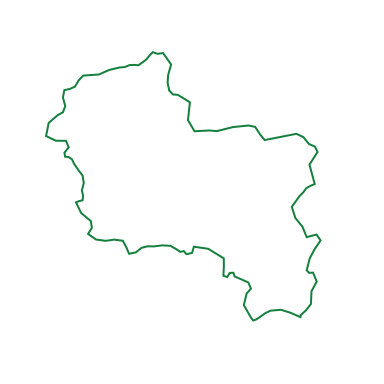 the Province of Veliko Tarnovo, rotated 168°
{"feature_id": "BGR-2249", "entity_name": "Veliko Tarnovo", "entity_type": "Province", "adm_level": 1, "iso_a3": "BGR", "parent_name": "Bulgaria", "parent_adm1": "", "projection": "equal_earth", "projection_center": [25.637, 43.224], "detail": "fine", "context": "isolated", "style": "outline", "palette": "green", "viewbox_px": 384, "rotation_deg": 168, "n_neighbors": 0, "source": "natural_earth", "source_scale": "10m", "svg_char_len": 1631}
<svg xmlns="http://www.w3.org/2000/svg" viewBox="0 0 384 384"><g transform="rotate(168 192 192)"><path d="M111.9,47.1L112.7,47.6L120.9,53.5L129.5,58.3L139.9,59.6L145.3,58.3L155.1,54.1L158.7,53.5L160.5,57.0L164.8,70.6L159.7,81.3L154.5,85.2L155.7,91.8L167.9,100.6L168.3,104.4L171.9,105.0L175.2,101.5L178.7,103.5L176.4,112.2L174.7,120.5L188.0,133.1L201.5,138.1L204.6,132.4L210.3,132.3L212.3,135.9L215.9,135.9L219.5,139.6L224.2,143.8L232.2,146.0L240.5,146.7L246.6,148.1L252.9,147.9L259.5,144.6L266.4,144.7L267.7,151.4L269.8,158.7L278.0,161.6L286.7,162.2L295.8,165.5L302.4,172.6L297.4,177.7L297.0,184.6L304.8,194.5L307.6,206.0L304.3,206.6L300.8,206.6L299.3,211.1L299.4,216.5L296.0,223.2L295.6,230.7L298.7,237.3L301.5,244.2L302.6,249.0L305.5,251.8L308.8,252.9L308.6,257.0L303.3,261.3L304.6,268.3L314.4,270.4L323.1,277.1L317.8,289.4L307.4,295.1L301.7,296.8L298.1,302.3L298.6,311.3L295.7,318.2L290.1,318.2L284.6,319.4L279.7,324.7L274.3,328.5L258.6,326.3L247.8,328.6L237.0,328.9L231.9,328.2L226.9,329.1L222.4,328.4L218.0,327.1L209.3,331.0L204.9,334.5L201.2,336.9L197.0,334.3L191.4,333.9L185.9,321.1L191.0,311.4L193.1,304.1L193.2,296.0L190.4,291.4L185.7,290.0L175.4,280.2L181.0,263.1L176.9,250.9L162.4,248.6L155.0,246.4L138.4,247.0L122.9,245.3L116.7,242.6L113.5,234.3L110.1,227.7L77.8,227.2L71.6,222.5L67.6,214.6L62.3,210.9L60.9,205.0L71.4,194.4L70.3,174.3L74.9,173.4L79.4,172.0L83.3,168.5L87.6,165.7L97.5,156.7L96.3,145.0L91.2,135.2L89.2,124.0L79.0,124.5L76.3,117.9L83.8,110.7L90.7,102.5L96.1,91.6L94.3,88.6L90.4,88.0L88.6,78.5L95.7,70.2L99.0,57.7L104.9,52.7L111.2,49.0L111.9,47.1Z" fill="none" stroke="#15803d" stroke-width="2"/></g></svg>